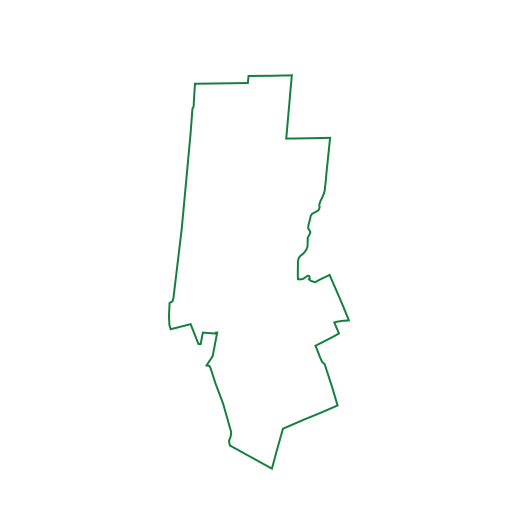 outline of Nanov, Teleorman, Romania, rotated 132°
{"feature_id": "2599482B59820157920356", "entity_name": "Nanov", "entity_type": "district", "adm_level": 2, "iso_a3": "ROU", "parent_name": "Romania", "parent_adm1": "Teleorman", "projection": "robinson", "projection_center": [25.25, 43.959], "detail": "fine", "context": "isolated", "style": "outline", "palette": "green", "viewbox_px": 512, "rotation_deg": 132, "n_neighbors": 0, "source": "geoboundaries", "source_scale": "gbopen_adm2", "svg_char_len": 1769}
<svg xmlns="http://www.w3.org/2000/svg" viewBox="0 0 512 512"><g transform="rotate(132 256 256)"><path d="M403.4,101.9L402.6,102.3L401.6,102.8L398.8,104.2L391.3,108.0L389.0,109.2L380.1,113.6L366.3,120.4L345.5,110.9L331.5,104.1L312.5,95.4L302.8,111.2L299.2,117.4L298.2,119.2L296.8,121.5L294.0,126.5L292.2,129.5L290.8,132.0L290.4,132.7L290.4,134.3L290.5,135.9L288.1,141.4L285.7,145.9L282.9,151.7L264.2,144.6L258.1,142.5L253.0,153.3L251.0,152.1L249.1,150.6L246.4,148.4L241.8,143.9L241.1,145.0L231.3,165.6L224.5,180.6L220.8,188.7L223.5,189.7L230.1,192.5L235.9,194.5L236.7,196.1L237.7,198.5L237.9,201.1L236.6,201.1L235.3,203.1L236.1,204.4L241.3,205.6L243.4,207.1L245.2,209.3L241.6,212.7L235.8,217.8L232.3,220.9L229.6,222.6L227.9,223.0L225.8,223.1L223.1,222.5L220.2,222.5L217.2,223.0L214.7,223.9L211.8,226.3L207.9,229.7L204.6,230.5L202.3,231.3L201.6,232.1L201.0,234.1L200.4,235.9L197.6,237.9L194.0,239.7L189.5,242.2L187.9,242.5L186.9,242.4L184.6,241.6L182.1,240.7L180.2,240.2L178.5,240.7L176.7,241.8L176.3,242.6L175.4,243.4L172.2,244.8L168.0,246.0L164.2,247.3L161.3,248.8L153.1,254.7L147.7,258.8L118.6,280.0L129.6,291.7L144.4,307.6L148.5,312.1L114.6,337.6L113.7,338.4L105.7,344.3L98.5,349.7L98.2,350.0L97.7,350.3L98.8,351.3L100.2,352.8L104.9,357.9L109.3,362.5L127.2,382.0L132.9,377.8L161.9,409.1L168.8,416.6L177.7,409.6L184.4,404.2L186.5,402.5L189.3,401.6L206.8,388.1L210.2,385.5L220.4,377.9L237.0,365.5L285.9,329.1L342.4,289.3L345.6,287.7L348.7,288.8L359.1,280.3L365.4,274.0L367.5,270.4L350.4,259.0L359.9,239.9L358.5,238.2L348.5,244.2L340.5,233.9L339.8,234.5L338.9,233.6L359.4,221.2L370.4,219.5L368.9,217.0L370.2,213.9L377.4,201.6L387.7,181.7L403.1,157.2L404.3,155.9L407.1,154.1L411.7,152.2L414.3,148.6L403.4,101.9Z" fill="none" stroke="#15803d" stroke-width="2"/></g></svg>